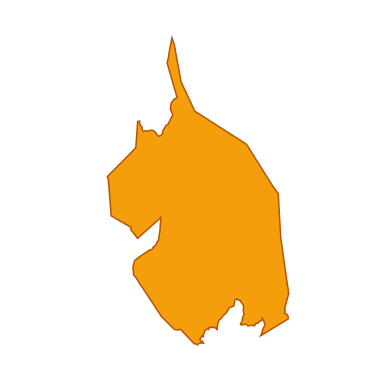 San Juan Mixtepec -Dto. 08 -, Oaxaca, Mexico (Equal Earth projection), rotated 348°
{"feature_id": "50627088B120983506636", "entity_name": "San Juan Mixtepec -Dto. 08 -", "entity_type": "district", "adm_level": 2, "iso_a3": "MEX", "parent_name": "Mexico", "parent_adm1": "Oaxaca", "projection": "equal_earth", "projection_center": [-97.864, 17.366], "detail": "fine", "context": "isolated", "style": "filled", "palette": "amber", "viewbox_px": 384, "rotation_deg": 348, "n_neighbors": 0, "source": "geoboundaries", "source_scale": "gbopen_adm2", "svg_char_len": 3881}
<svg xmlns="http://www.w3.org/2000/svg" viewBox="0 0 384 384"><g transform="rotate(348 192 192)"><path d="M229.3,346.9L259.8,336.1L259.8,335.5L260.0,334.6L260.2,333.4L259.8,332.6L259.4,332.1L259.1,331.0L258.2,330.2L257.5,330.0L257.3,329.5L257.5,328.9L258.1,328.3L258.4,327.6L258.6,326.8L258.6,326.2L258.4,325.3L260.2,321.8L265.6,311.2L265.5,309.0L265.9,306.6L266.2,300.0L268.5,266.3L269.4,254.2L276.0,211.5L272.2,203.0L255.2,156.6L246.5,148.0L215.7,117.6L211.5,113.5L204.2,81.8L205.3,44.1L204.4,37.1L199.5,48.6L197.0,55.2L194.5,60.6L197.0,95.8L195.8,97.1L193.5,97.6L191.9,99.1L190.5,100.2L189.3,102.7L188.5,105.0L188.1,107.4L188.8,109.8L189.1,111.6L189.3,112.7L187.9,114.1L186.2,116.2L184.8,118.2L183.5,119.4L182.5,120.9L180.6,121.3L179.4,122.8L177.7,124.5L176.0,126.3L175.4,128.5L174.0,129.6L172.5,130.3L170.7,130.5L169.7,128.7L168.9,126.5L167.9,124.8L166.0,123.3L164.0,122.9L161.9,123.6L160.4,122.6L158.8,122.5L157.9,122.6L157.0,122.8L156.2,120.9L156.6,118.4L155.7,116.6L155.1,114.2L155.5,111.8L153.8,111.6L153.6,111.7L153.7,112.0L153.2,112.4L153.1,112.8L153.2,113.1L153.0,113.5L146.2,137.1L112.5,159.3L112.3,160.6L112.8,160.9L112.9,161.9L112.7,162.8L108.0,198.5L114.5,204.5L124.9,213.8L124.3,215.9L129.1,226.0L156.2,210.5L153.8,218.8L152.8,222.5L149.2,232.0L148.9,232.6L147.4,233.6L146.3,235.2L145.2,236.9L143.4,237.2L141.3,239.4L139.6,240.2L137.9,239.9L136.5,240.8L131.9,242.5L128.3,243.9L121.6,247.2L118.7,253.0L117.6,261.0L119.5,264.2L121.2,269.4L124.4,277.1L128.5,287.6L129.6,290.3L129.9,291.1L131.2,294.5L133.1,299.5L133.7,300.9L136.1,307.3L140.1,313.4L144.1,319.7L144.8,320.8L145.4,321.8L145.5,321.9L146.5,322.9L147.6,323.3L149.3,324.0L151.1,324.0L152.1,323.8L161.7,339.4L162.7,341.0L163.0,341.0L163.6,341.1L164.2,341.4L164.9,342.0L165.6,342.6L165.8,342.1L166.7,341.9L167.3,341.9L167.8,341.7L168.5,341.7L168.7,341.8L168.8,341.8L169.0,341.9L169.3,341.6L169.5,341.5L169.6,341.4L169.8,341.5L170.0,341.5L170.3,341.6L170.5,341.6L170.7,341.8L170.9,342.0L171.1,342.0L171.3,342.2L171.5,342.2L171.4,342.1L171.4,341.9L171.5,341.8L171.6,341.7L171.8,341.8L171.8,341.7L171.7,341.5L171.5,341.4L171.2,341.2L170.8,340.1L170.5,339.7L170.3,339.8L170.0,339.7L169.7,339.3L169.3,338.8L169.1,338.2L168.9,337.9L169.5,337.2L170.1,336.9L170.9,336.0L171.4,335.1L171.7,334.7L172.3,335.1L172.6,335.5L172.9,335.9L173.3,335.4L173.3,334.2L174.1,333.2L174.6,332.5L175.0,331.6L175.3,330.9L176.5,330.0L178.0,329.2L178.8,329.4L179.6,330.0L180.2,329.1L180.5,328.4L181.1,327.9L181.6,327.8L182.1,327.8L182.3,328.5L183.9,328.8L185.0,329.0L186.2,329.5L186.8,330.2L187.3,330.7L187.5,331.3L187.7,331.7L188.1,331.8L188.3,331.2L188.4,330.2L188.6,329.2L188.7,328.6L189.2,328.2L189.5,327.5L189.7,326.5L190.1,325.6L190.5,324.9L191.0,324.0L191.2,323.6L192.6,322.5L194.1,321.8L195.2,320.8L196.0,320.1L196.8,319.4L197.7,318.9L198.6,318.4L199.2,318.1L199.6,317.8L200.3,317.4L200.9,316.8L202.5,315.3L203.9,313.6L205.4,312.8L207.4,312.6L209.2,312.2L210.2,310.1L210.8,308.0L211.2,307.3L211.8,306.4L213.6,305.8L214.6,307.3L216.3,307.7L216.9,309.5L218.3,312.3L218.8,314.8L217.9,317.0L217.4,319.3L217.4,321.5L217.4,321.8L217.5,322.6L216.8,323.4L216.4,323.8L215.7,324.8L215.2,325.7L214.9,326.5L214.6,327.8L213.8,329.2L213.0,330.0L212.2,330.8L211.8,331.5L212.0,332.0L212.4,332.1L213.2,332.3L214.2,332.7L215.5,332.3L216.3,332.4L217.1,332.3L217.7,333.0L218.5,334.0L218.8,334.7L220.2,334.7L221.5,334.6L222.3,334.7L222.9,334.9L223.4,335.2L224.3,335.2L224.7,335.3L224.9,335.7L225.3,335.9L225.6,335.0L225.9,334.7L226.5,334.7L226.9,334.0L227.5,333.7L228.4,334.0L229.3,334.1L230.1,333.4L230.6,332.9L231.3,332.4L232.1,332.4L232.9,332.4L233.5,331.9L234.2,330.7L234.5,330.1L234.8,330.9L235.2,332.4L235.3,333.3L235.4,333.8L235.6,334.5L235.6,335.4L235.6,336.4L235.5,337.3L235.1,338.1L234.3,339.0L233.9,339.2L233.2,340.3L232.8,341.1L232.2,341.7L231.9,342.6L231.7,343.3L229.3,346.9Z" fill="#f59e0b" stroke="#b45309" stroke-width="1.5"/></g></svg>